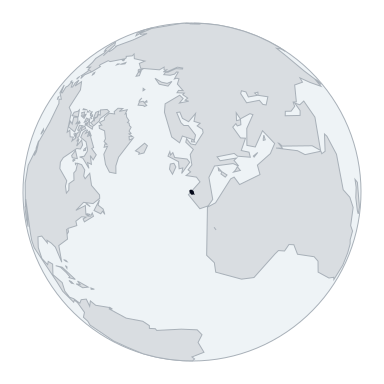 Lugo on an orthographic globe, rotated 323°
{"feature_id": "ESP-5832", "entity_name": "Lugo", "entity_type": "Autonomous Community", "adm_level": 1, "iso_a3": "ESP", "parent_name": "Spain", "parent_adm1": "", "projection": "orthographic", "projection_center": [-7.286, 43.039], "detail": "fine", "context": "on_globe", "style": "filled", "palette": "ink", "viewbox_px": 384, "rotation_deg": 323, "n_neighbors": 0, "source": "natural_earth", "source_scale": "10m", "svg_char_len": 10346}
<svg xmlns="http://www.w3.org/2000/svg" viewBox="0 0 384 384"><g transform="rotate(323 192 192)"><circle cx="192" cy="192" r="169" fill="#eef3f6" stroke="#a8b0b8"/><path d="M55.7,291.9L50.5,283.2L46.8,276.8L39.7,263.7L30.5,236.9L31.0,232.4L29.9,226.7L33.7,223.4L34.0,211.5L33.0,207.5L31.2,208.8L29.0,193.6L30.0,182.7L32.5,141.4L34.8,134.4L38.0,128.0L55.0,97.5L40.2,121.1L43.7,113.4L49.6,103.4L50.0,103.5L58.9,91.6L64.3,84.3L77.3,72.0L92.0,64.6L88.0,68.0L92.0,66.2L97.2,61.9L99.7,59.7L120.5,50.7L139.0,41.2L141.6,37.9L143.5,39.3L146.4,33.1L154.4,29.6L147.3,34.0L148.1,34.8L154.4,32.3L156.6,32.7L160.9,31.9L162.9,32.7L158.7,35.6L159.9,36.3L164.3,34.6L169.1,34.6L162.4,37.0L170.2,37.4L164.4,43.3L144.9,50.5L143.5,55.8L128.3,69.1L131.6,69.1L127.9,74.6L130.3,76.8L126.8,79.0L131.7,78.9L134.5,76.4L137.5,75.7L139.2,76.9L135.0,79.7L133.6,79.6L133.2,81.1L130.4,82.1L132.8,82.2L127.5,85.9L135.1,84.1L132.9,88.6L128.8,90.5L126.1,87.9L109.9,87.1L104.9,88.9L100.5,93.8L98.7,107.7L94.5,111.1L91.0,117.3L94.7,116.4L98.8,111.3L104.9,111.5L109.1,105.6L112.2,105.0L117.9,100.2L120.3,103.7L119.6,109.9L115.1,114.1L114.6,117.1L121.6,115.5L115.7,126.3L116.4,138.7L114.5,141.5L106.0,141.7L99.2,135.0L88.2,136.8L98.7,138.6L93.8,146.0L94.4,148.7L96.6,150.3L99.7,148.7L98.7,152.1L88.1,151.1L88.8,148.0L92.2,148.3L88.9,145.3L81.7,145.4L79.8,149.5L70.9,146.4L69.4,149.5L66.7,150.7L69.6,146.0L64.2,154.7L53.4,154.6L45.7,169.7L49.7,153.8L48.9,148.3L47.2,143.3L45.8,145.6L45.5,136.8L42.0,135.1L35.8,143.8L32.1,154.8L33.0,163.2L35.4,160.9L37.3,165.7L31.2,174.3L33.8,186.2L30.8,194.6L30.9,202.3L33.3,206.0L35.5,213.3L38.7,211.3L43.1,213.9L41.5,221.7L45.3,217.8L46.9,224.5L56.7,234.7L55.5,235.6L63.5,253.1L74.9,265.6L77.5,273.0L75.9,275.3L80.4,279.1L80.5,281.3L100.9,295.1L113.2,305.2L114.1,312.0L106.3,315.8L105.1,327.2L92.7,323.7L93.6,326.9L90.8,327.2L82.9,321.0L73.1,312.0L64.0,302.3L55.7,291.9ZM43.1,174.0L46.2,191.6L42.2,186.3L43.4,186.2L43.1,180.7L41.7,172.9L38.8,168.8L43.1,174.0ZM49.5,171.1L48.8,168.7L49.8,170.5L49.5,171.1ZM100.5,58.7L97.1,61.9L91.6,65.7L94.1,63.0L100.5,58.7ZM111.3,52.3L110.4,53.7L106.0,55.0L107.9,53.8L111.3,52.3ZM143.0,35.7L139.9,37.2L142.2,35.6L143.0,35.7ZM161.2,31.6L161.4,31.1L163.5,30.9L161.2,31.6ZM116.2,98.7L117.0,99.5L115.5,99.9L116.2,98.7ZM117.8,96.0L115.5,96.0L116.0,94.8L117.4,94.8L117.8,96.0ZM168.6,32.1L172.0,32.1L167.8,32.6L168.6,32.1ZM120.5,96.3L117.0,92.6L117.9,90.4L123.9,88.8L120.5,96.3ZM173.5,32.5L181.8,32.9L182.9,31.7L184.3,35.7L176.8,33.8L171.4,34.4L174.1,33.3L173.5,32.5ZM134.6,75.2L131.8,77.8L132.6,74.6L134.6,75.2ZM134.4,73.4L132.6,65.4L137.6,62.4L137.2,65.6L142.5,61.1L145.8,63.5L143.7,66.5L139.8,67.9L144.0,67.9L134.4,73.4ZM183.7,38.0L185.1,38.7L182.9,38.6L183.7,38.0ZM138.8,75.1L138.0,73.7L142.3,70.9L144.7,73.4L142.6,73.5L138.8,75.1ZM142.2,58.9L145.9,57.4L149.6,58.9L151.5,58.6L146.4,63.4L142.2,58.9ZM142.4,74.7L145.9,74.7L145.4,77.2L139.9,76.4L142.4,74.7ZM142.4,69.2L144.6,68.1L144.2,69.5L142.4,69.2ZM145.4,86.2L144.4,84.3L146.5,82.6L145.4,86.2ZM147.2,74.6L147.3,73.8L148.1,73.0L150.2,73.6L147.2,74.6ZM149.3,64.2L150.1,65.2L151.6,62.3L154.5,63.5L150.5,66.6L153.4,65.8L154.3,66.2L150.1,68.2L149.3,64.2ZM154.5,71.8L150.4,76.4L152.0,80.2L150.1,81.8L148.0,75.4L154.5,71.8ZM152.3,69.5L153.2,71.3L150.4,72.1L148.0,71.5L152.3,69.5ZM157.8,63.4L154.5,60.7L155.4,60.2L157.8,63.4ZM155.5,72.7L156.4,71.6L155.9,72.9L155.5,72.7ZM157.7,66.0L156.4,65.1L157.5,64.5L157.7,66.0ZM159.4,70.3L158.1,71.7L156.4,71.3L159.4,70.3ZM159.1,68.2L161.0,67.6L156.6,70.2L158.3,67.9L159.1,68.2ZM159.0,65.6L159.2,64.9L159.4,66.1L159.0,65.6ZM166.4,71.4L161.4,74.9L157.7,73.8L163.1,70.5L166.4,71.4ZM289.2,53.8L289.0,53.6L290.8,55.1L287.9,53.2L295.1,58.8L291.3,56.3L298.8,62.3L300.2,62.8L295.3,58.5L303.5,65.2L313.3,74.3L322.2,84.4L330.4,95.1L337.7,106.4L344.0,118.3L349.4,130.6L348.5,128.5L351.1,135.8L349.2,131.4L346.0,128.1L348.8,138.8L354.4,162.8L358.0,175.4L358.6,185.2L352.3,175.7L346.9,165.8L346.3,170.8L338.4,168.3L329.6,182.8L326.9,181.0L325.5,185.4L319.8,187.1L315.1,183.7L312.3,187.2L324.4,195.9L327.3,192.1L327.6,182.9L330.6,187.2L336.0,186.6L335.2,206.2L319.7,236.1L315.8,227.4L291.6,209.6L291.0,205.9L290.8,205.5L290.4,205.0L290.6,211.5L285.6,207.5L301.1,222.5L304.8,230.2L319.5,237.0L318.7,239.5L322.8,239.6L332.7,225.4L333.3,228.7L330.1,248.8L314.1,281.2L314.9,291.2L311.4,301.3L298.5,314.3L296.7,319.8L289.6,325.3L287.1,328.6L279.7,334.3L268.5,341.1L252.6,347.3L253.9,345.4L249.6,343.1L244.5,331.9L251.0,323.1L250.6,317.2L238.8,305.2L241.6,295.4L237.8,292.3L230.4,294.8L225.8,290.8L221.1,291.4L190.0,297.6L179.1,291.4L162.7,270.3L167.3,261.9L165.6,251.4L195.2,213.4L204.3,214.8L230.8,204.8L234.6,205.4L234.5,214.7L256.8,219.0L260.4,209.9L277.7,208.5L287.2,203.0L285.2,185.5L269.6,194.1L263.9,187.8L274.0,174.2L287.2,166.9L285.4,164.3L274.6,162.7L275.0,155.3L270.5,161.8L274.3,163.4L271.5,167.7L267.9,166.5L268.2,163.8L263.6,164.7L263.3,178.0L267.1,181.2L256.3,188.5L261.5,194.5L259.5,199.3L249.9,190.8L248.9,186.6L233.2,179.0L233.3,184.0L248.1,191.7L244.6,192.0L244.9,199.4L241.9,194.0L225.6,184.8L214.3,190.5L204.1,210.4L196.6,212.8L188.2,210.1L187.5,192.0L204.5,188.7L204.5,182.8L197.2,175.3L203.0,175.1L202.2,171.9L208.2,170.3L213.1,161.0L218.7,158.8L217.0,148.5L219.7,146.2L219.9,152.8L223.1,156.4L236.5,151.4L238.1,148.4L235.9,142.3L239.9,142.0L236.1,136.8L242.1,131.4L231.6,133.8L228.7,127.4L230.4,120.8L227.6,119.3L224.9,130.0L225.5,134.0L229.0,136.6L229.1,148.6L225.2,151.9L218.0,141.5L211.7,145.2L208.9,135.9L218.0,111.7L223.6,105.4L240.4,107.3L241.2,112.0L235.5,113.4L244.0,117.5L241.7,114.5L245.1,114.4L243.2,108.7L245.4,108.4L239.8,103.7L242.4,102.7L245.9,105.7L245.3,97.0L249.7,93.8L248.4,92.0L245.9,91.1L253.1,88.0L251.9,86.8L249.1,87.4L244.8,85.6L240.1,81.3L242.8,80.5L244.9,81.9L253.4,83.8L258.5,88.1L259.2,87.4L255.4,83.5L245.0,81.1L241.4,78.8L246.2,79.3L244.2,78.9L243.3,77.5L244.9,75.5L239.5,74.8L225.5,62.3L227.3,57.6L233.2,59.1L226.2,50.8L228.8,46.9L226.2,47.3L221.1,44.1L220.2,45.3L218.6,45.2L205.1,38.6L204.1,36.7L195.4,35.1L194.0,35.4L194.3,36.7L184.3,35.7L182.9,31.7L186.1,31.2L183.1,29.4L190.6,28.6L195.5,27.4L205.5,28.1L208.5,27.4L207.0,26.8L209.9,25.8L221.2,26.2L218.8,28.2L203.2,29.8L210.1,29.1L210.5,30.1L214.3,30.5L219.0,30.2L218.3,29.6L236.1,35.0L251.5,38.4L245.6,35.1L245.8,34.1L258.1,37.1L284.1,50.5L284.6,50.7L289.2,53.8ZM188.4,233.4L188.4,236.8L188.4,233.4ZM303.6,167.1L309.9,161.6L302.9,154.5L304.7,151.9L301.6,150.6L302.3,154.1L294.2,150.0L295.3,144.5L292.4,140.9L290.1,142.7L289.3,153.6L301.0,159.3L301.3,164.7L303.6,167.1ZM57.0,234.9L58.0,237.6L56.3,236.0L57.0,234.9ZM40.5,188.6L41.7,191.1L42.0,193.6L40.8,192.2L40.5,188.6ZM53.5,207.8L55.5,210.9L52.9,209.0L53.5,207.8ZM47.0,194.2L51.9,205.5L47.1,202.7L44.2,195.6L46.9,198.6L47.0,194.2ZM46.6,174.6L47.1,176.6L46.2,177.6L46.6,174.6ZM50.3,172.5L49.9,172.0L50.1,170.1L50.3,172.5ZM94.4,146.1L95.2,146.3L97.0,148.4L95.1,148.5L94.4,146.1ZM110.8,152.1L108.9,157.4L109.0,153.5L106.0,154.5L102.6,147.8L113.4,142.5L109.1,146.0L110.8,152.1ZM101.0,138.0L101.9,142.5L100.4,137.8L101.0,138.0ZM191.5,156.6L194.8,158.2L194.2,162.3L187.1,166.1L187.8,160.2L191.5,156.6ZM199.5,159.7L194.4,148.9L198.6,146.4L197.1,149.6L200.4,149.0L198.9,154.0L207.9,162.7L208.0,166.9L194.9,171.0L199.1,167.2L195.7,165.7L199.5,159.7ZM173.7,128.9L171.6,125.1L183.5,124.5L184.2,128.2L177.1,131.9L172.2,129.8L173.7,128.9ZM131.9,94.6L130.3,93.8L131.5,92.9L133.8,92.8L131.9,94.6ZM144.8,85.5L140.2,97.3L138.1,96.9L137.9,104.7L132.4,106.9L132.7,101.7L128.3,109.4L126.3,105.6L123.9,111.1L125.2,99.2L123.3,96.4L127.5,98.6L132.7,96.6L134.3,94.9L137.6,88.1L136.0,81.4L140.8,78.7L144.7,78.6L145.8,79.8L142.3,81.1L146.3,81.8L142.1,84.6L144.8,85.5ZM187.0,83.7L182.4,83.9L189.8,87.3L185.6,89.5L186.7,89.8L184.9,92.8L184.6,97.2L182.3,97.7L183.2,99.2L182.0,101.4L182.4,103.6L178.4,105.5L178.6,108.5L176.6,107.7L178.0,112.4L175.1,109.8L173.3,112.7L177.1,113.7L154.3,120.0L146.9,125.3L142.4,131.4L138.0,126.5L139.5,118.0L144.3,108.8L152.0,104.7L148.7,103.4L151.4,101.2L152.9,103.1L152.1,98.8L154.8,97.5L159.0,90.5L156.3,85.5L157.8,83.0L160.2,84.3L160.0,80.9L165.5,81.7L166.7,80.0L173.3,79.3L177.2,83.1L178.2,81.0L183.3,80.6L187.0,83.7ZM168.3,71.4L173.9,75.0L174.3,78.1L162.7,78.1L160.8,79.5L153.3,80.0L152.8,75.6L155.0,75.8L157.0,75.0L156.4,76.7L158.4,74.8L161.5,75.1L163.9,73.8L165.0,75.3L168.3,71.4ZM237.1,201.1L239.8,200.7L243.4,199.1L243.6,203.9L237.1,201.1ZM226.0,195.0L228.1,193.8L230.2,199.5L227.5,200.1L226.0,195.0ZM227.5,188.5L228.0,193.3L226.1,191.1L227.5,188.5ZM221.7,151.5L223.7,150.0L224.6,151.3L224.3,153.8L221.7,151.5ZM207.9,95.7L205.3,95.0L205.4,94.0L201.2,90.2L204.0,88.5L207.6,90.1L207.9,95.7ZM283.6,189.8L281.9,194.4L280.0,193.7L281.0,192.3L283.6,189.8ZM262.6,200.2L268.3,200.0L262.6,201.5L262.6,200.2ZM210.2,93.2L208.2,91.8L210.8,91.8L210.2,93.2ZM205.8,87.1L208.6,86.7L203.9,87.9L205.8,87.1ZM329.9,283.8L316.5,305.0L311.6,309.5L312.9,306.3L319.4,295.1L325.9,287.1L329.8,280.0L329.9,283.8ZM358.3,176.0L359.9,180.2L359.9,183.9L358.3,176.0ZM230.9,78.9L233.7,85.9L237.5,90.3L242.5,91.6L236.6,93.0L230.7,86.2L230.9,78.9ZM225.9,64.3L221.5,63.6L222.5,62.2L223.7,62.2L225.9,64.3ZM223.8,65.0L220.0,67.4L217.0,65.9L220.6,64.3L223.8,65.0ZM215.4,79.8L216.0,81.9L213.8,81.7L215.4,79.8ZM259.4,37.1L252.5,34.4L247.6,32.5L248.0,32.6L255.9,35.6L256.2,35.7L257.3,36.2L259.4,37.1ZM249.1,33.2L251.2,34.2L244.1,33.9L241.3,33.5L244.2,32.0L246.3,33.0L248.9,33.5L249.1,33.2ZM186.3,38.0L185.2,38.6L185.0,37.8L186.3,38.0ZM218.2,45.9L215.9,45.8L215.7,44.7L218.2,45.9ZM209.5,44.9L211.4,46.2L208.3,45.1L209.5,44.9ZM215.6,49.3L211.5,46.9L217.1,48.8L215.6,49.3Z" fill="#d9dde1" stroke="#a8b0b8" stroke-width="1"/><path d="M191.1,190.0L191.2,189.9L191.3,189.9L191.3,190.0L191.5,190.0L191.8,190.1L192.0,190.4L192.0,190.5L192.1,190.4L192.2,190.5L192.3,190.5L192.4,190.4L192.5,190.5L192.4,190.8L192.2,190.9L192.2,191.0L192.3,191.0L192.5,191.2L192.5,191.4L192.6,191.5L192.8,191.7L193.0,191.7L193.0,191.8L192.9,191.8L192.7,191.9L192.7,192.0L192.8,192.1L193.0,192.2L193.0,192.3L192.9,192.5L192.8,192.8L192.7,192.9L192.5,193.0L192.5,193.3L192.5,193.5L192.4,193.7L192.3,193.8L192.2,194.1L192.1,193.9L191.9,193.8L191.7,193.8L191.4,193.9L191.1,193.7L190.9,193.7L190.7,193.6L190.7,193.4L190.7,193.2L190.7,192.9L190.5,192.7L190.5,192.4L190.7,192.2L190.6,191.9L190.5,191.5L190.6,191.4L190.6,191.2L190.7,190.9L190.8,190.9L191.0,190.6L191.1,190.4L191.1,190.2L191.1,190.0Z" fill="#0f172a" stroke="#020617" stroke-width="1.5"/></g></svg>